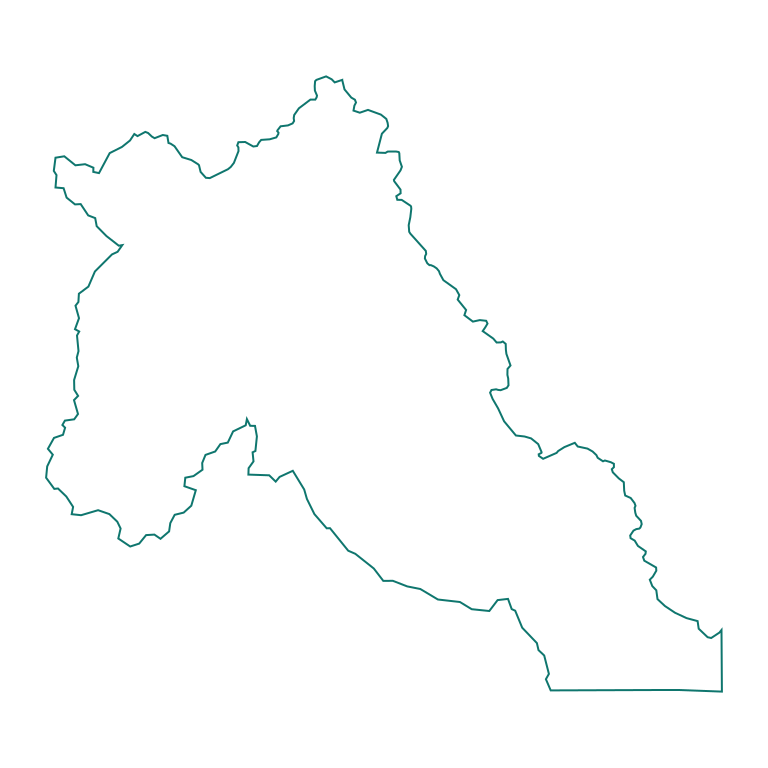 outline of Lemhi, Idaho, United States of America
{"feature_id": "52423323B85740056665461", "entity_name": "Lemhi", "entity_type": "district", "adm_level": 2, "iso_a3": "USA", "parent_name": "United States of America", "parent_adm1": "Idaho", "projection": "robinson", "projection_center": [-113.907, 44.967], "detail": "fine", "context": "isolated", "style": "outline", "palette": "teal", "viewbox_px": 768, "rotation_deg": 0, "n_neighbors": 0, "source": "geoboundaries", "source_scale": "gbopen_adm2", "svg_char_len": 4044}
<svg xmlns="http://www.w3.org/2000/svg" viewBox="0 0 768 768"><path d="M550.7,690.4L660.7,690.0L679.2,690.0L721.9,691.6L721.5,630.0L719.4,632.6L711.2,638.0L707.6,637.2L698.7,628.7L697.6,621.1L686.5,618.1L675.1,612.8L664.9,606.0L657.5,599.1L656.3,590.3L652.3,586.1L649.8,579.7L652.8,576.7L656.3,570.7L656.1,567.5L644.3,560.7L643.0,557.0L645.5,553.8L645.8,551.4L637.9,545.9L634.7,540.6L630.6,538.2L630.2,535.5L633.5,530.6L636.3,529.1L639.3,528.6L640.4,527.5L641.7,524.1L641.0,520.9L636.2,515.7L635.3,512.7L634.6,507.9L635.5,505.8L634.5,503.0L630.7,498.0L625.2,495.5L624.2,490.8L623.8,482.2L618.8,478.4L612.8,472.3L611.8,469.2L613.9,467.2L613.9,463.8L610.8,462.2L604.9,460.5L603.0,461.3L597.7,457.8L596.4,455.1L592.6,451.5L587.5,448.6L577.7,446.5L574.8,442.8L564.4,447.1L558.2,451.0L556.6,452.9L543.1,458.8L538.9,455.9L538.7,454.3L541.4,452.9L541.6,452.2L538.2,444.1L531.1,438.4L524.6,436.5L515.9,435.5L504.1,421.3L498.1,408.4L492.6,398.9L490.1,392.7L491.5,390.0L496.1,389.3L498.1,389.9L500.6,390.2L506.8,387.9L508.5,385.3L508.2,378.5L507.4,374.9L507.5,369.0L510.5,365.5L506.4,353.9L505.9,349.9L505.7,343.9L502.8,341.5L500.8,342.4L496.6,342.5L493.3,338.6L482.7,331.1L485.3,327.3L487.5,323.6L486.2,320.8L479.8,320.1L472.9,321.6L464.4,315.2L466.1,310.0L457.7,299.6L459.3,295.1L456.0,289.2L443.4,280.2L439.9,273.8L439.0,271.2L436.7,268.4L433.8,266.4L430.8,265.1L429.4,265.1L427.3,263.3L424.9,258.5L425.1,256.1L426.2,253.9L425.8,250.9L410.3,233.6L409.2,231.8L408.7,225.2L410.3,217.3L411.3,208.8L411.1,206.7L410.6,205.8L401.7,199.9L397.3,199.8L396.3,196.2L400.6,193.3L400.5,189.6L394.2,181.2L393.9,179.9L400.5,170.4L401.9,166.8L399.7,160.4L399.3,153.2L398.7,152.0L395.9,151.5L389.7,151.5L387.6,151.6L385.5,152.9L377.0,152.6L381.9,133.7L387.3,128.0L388.1,126.1L387.6,122.8L386.3,118.9L380.9,114.6L368.0,109.9L359.8,112.7L353.5,110.6L354.4,105.6L356.0,102.5L354.9,99.7L351.3,97.6L344.5,89.4L342.2,80.0L342.2,79.9L334.7,82.4L331.7,79.3L326.1,76.4L316.4,79.9L315.1,81.2L314.7,86.1L314.9,90.6L317.0,95.6L316.6,97.4L315.3,99.6L310.4,99.6L298.9,108.3L294.2,115.0L293.7,118.1L294.1,121.0L292.6,123.4L288.0,125.4L280.6,126.3L277.5,130.3L277.2,131.1L278.5,132.6L278.3,134.0L276.3,137.4L269.7,139.3L261.2,139.9L259.1,142.3L257.0,146.0L253.3,146.5L245.2,142.0L238.4,142.2L237.2,145.5L238.4,147.4L238.5,151.1L233.9,162.9L230.8,166.9L228.0,169.2L209.8,178.1L205.9,177.8L200.6,171.9L199.0,165.2L198.0,164.2L191.3,160.0L182.2,157.2L174.5,146.2L170.5,143.6L168.5,143.0L167.3,135.8L162.8,135.0L154.6,138.2L151.9,136.6L148.1,133.0L145.3,131.9L137.5,136.1L134.3,134.0L130.0,140.5L122.0,146.9L109.7,153.1L99.0,173.1L93.3,171.9L93.4,167.7L85.1,164.2L75.4,165.3L64.3,156.3L55.5,157.7L53.8,170.9L56.5,175.1L55.5,187.5L63.6,188.2L66.6,197.6L75.0,204.4L80.7,204.1L88.2,215.4L95.2,218.1L96.7,226.2L106.5,236.1L118.8,245.7L122.3,245.1L117.6,251.8L112.0,254.4L94.9,271.5L88.4,286.6L78.9,293.7L78.4,302.0L75.5,305.7L79.0,318.2L75.0,329.2L79.2,331.5L77.0,335.5L78.5,351.1L76.8,357.6L78.3,366.2L74.1,380.0L74.3,389.8L78.1,395.9L74.0,400.1L78.0,414.0L74.2,419.3L64.9,420.6L62.4,425.0L65.1,427.7L63.0,434.8L54.0,437.9L47.9,448.8L52.8,454.7L47.2,466.4L46.1,477.7L54.3,488.9L58.0,488.5L66.3,496.5L73.1,506.9L71.7,514.2L81.1,515.2L98.1,510.2L109.4,514.1L117.3,521.7L120.6,528.5L118.3,538.5L130.2,546.5L139.2,543.6L146.1,535.1L154.4,534.6L160.5,538.8L169.1,531.4L170.3,523.1L174.7,514.8L183.7,512.6L191.3,505.7L195.8,490.2L184.4,486.2L185.3,477.7L193.5,476.1L202.5,469.7L202.2,463.0L205.5,454.9L215.2,451.5L220.4,444.1L227.8,442.6L233.1,431.4L245.7,425.3L246.9,419.1L250.2,425.8L255.0,425.9L256.9,436.4L255.4,451.0L252.6,452.3L253.5,461.4L248.6,468.2L248.4,474.6L269.2,475.3L275.7,481.6L279.6,476.9L292.8,470.8L304.2,489.5L306.9,498.9L314.4,514.1L326.7,528.3L330.0,528.2L348.2,550.7L355.3,553.8L373.8,568.5L383.3,580.9L392.8,580.8L407.2,586.4L420.3,589.0L437.9,599.5L459.9,602.0L471.7,609.2L489.3,611.0L497.6,600.1L508.0,598.9L511.7,609.1L515.2,610.7L522.2,627.7L536.9,643.1L538.5,650.1L544.2,655.5L548.9,673.9L545.9,679.2L550.7,690.4Z" fill="none" stroke="#0f766e" stroke-width="2"/></svg>